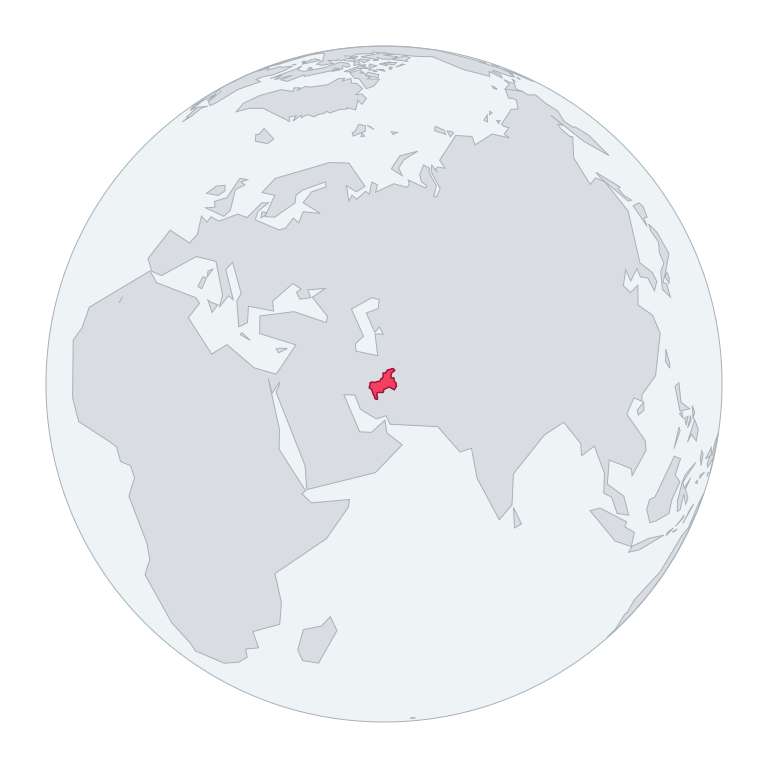 Yazd on an orthographic globe, rotated 4°
{"feature_id": "IRN-3217", "entity_name": "Yazd", "entity_type": "Province", "adm_level": 1, "iso_a3": "IRN", "parent_name": "Iran", "parent_adm1": "", "projection": "orthographic", "projection_center": [55.694, 32.497], "detail": "fine", "context": "on_globe", "style": "filled", "palette": "rose", "viewbox_px": 768, "rotation_deg": 4, "n_neighbors": 0, "source": "natural_earth", "source_scale": "10m", "svg_char_len": 12153}
<svg xmlns="http://www.w3.org/2000/svg" viewBox="0 0 768 768"><g transform="rotate(4 384 384)"><circle cx="384" cy="384" r="338" fill="#eef3f6" stroke="#a8b0b8"/><path d="M411.9,47.2L414.3,47.5L447.7,53.6L463.8,56.7L456.0,55.9L490.0,63.7L511.7,71.9L483.8,62.2L478.3,61.1L491.4,65.8L488.5,65.9L493.2,68.5L488.7,68.4L472.8,63.8L469.6,64.0L479.0,67.5L480.4,70.3L467.0,65.0L468.1,69.7L441.7,64.9L409.7,54.2L391.5,54.9L349.4,53.6L349.8,55.1L334.1,56.8L328.7,59.4L322.4,59.3L323.5,61.7L330.3,61.4L333.0,62.5L330.5,64.3L322.0,64.1L322.1,63.2L318.2,64.2L315.1,63.5L315.2,64.9L305.3,65.0L311.2,67.7L300.0,70.3L294.5,69.7L300.2,66.0L301.7,58.6L297.9,58.4L286.7,61.1L254.7,73.1L248.3,75.1L235.9,80.6L237.0,80.6L247.1,76.6L246.0,78.9L258.5,74.6L259.9,75.3L270.7,73.2L263.4,77.9L250.5,83.8L241.2,86.1L235.3,89.2L239.6,91.0L217.9,100.3L195.9,115.9L190.9,118.4L189.3,114.5L200.9,103.2L198.8,101.7L194.4,107.5L181.9,115.1L177.5,118.7L174.8,121.6L177.3,120.8L171.8,124.9L174.2,119.8L179.2,116.0L178.4,117.4L183.7,112.6L185.2,110.7L184.2,111.5L204.2,97.9L225.1,85.8L246.8,75.2L269.2,66.2L292.2,58.8L315.7,53.1L339.5,49.0L363.6,46.7L387.8,46.1L411.9,47.2ZM475.9,59.5L468.6,57.3L476.6,59.5L475.9,59.5ZM494.7,68.9L497.6,69.7L498.8,70.8L494.7,68.9ZM274.0,71.0L272.3,72.1L271.2,71.8L274.0,71.0ZM280.2,69.2L280.0,68.2L282.9,67.3L282.9,67.9L280.2,69.2ZM493.0,72.0L493.9,74.1L490.2,71.1L493.0,72.0ZM279.7,70.8L288.1,65.8L293.2,64.3L297.7,65.7L279.7,70.8ZM492.7,74.7L495.2,80.6L502.1,82.5L484.2,81.3L488.0,76.2L482.3,72.0L488.8,74.5L492.7,74.7ZM333.5,60.6L326.2,60.9L334.7,59.1L333.5,60.6ZM338.3,59.2L360.4,53.5L370.0,54.5L360.6,55.9L374.9,56.4L368.6,59.5L359.4,60.0L354.5,58.6L355.8,61.0L338.3,59.2ZM473.9,80.1L472.2,81.2L471.0,79.2L473.9,80.1ZM334.8,62.8L338.4,61.3L346.9,61.9L341.2,65.1L340.3,63.8L334.8,62.8ZM381.7,55.3L387.0,56.7L383.4,59.5L385.0,60.5L369.3,59.7L381.7,55.3ZM337.0,64.6L338.1,66.8L331.7,68.3L331.8,64.4L337.0,64.6ZM351.5,60.9L355.3,61.5L351.3,62.1L351.5,60.9ZM309.8,75.9L313.9,73.5L318.7,73.5L309.8,75.9ZM338.9,67.5L341.1,67.0L343.4,66.9L342.8,68.7L338.9,67.5ZM367.9,62.0L365.3,63.1L374.1,62.4L371.8,65.0L361.7,64.2L365.1,65.6L364.4,66.4L357.0,65.0L367.9,62.0ZM349.3,70.4L335.7,71.0L326.9,75.1L322.4,75.1L337.3,68.6L349.3,70.4ZM354.4,67.2L350.2,69.1L346.7,67.8L347.5,65.8L354.4,67.2ZM373.8,67.1L380.0,63.4L381.9,63.8L373.8,67.1ZM347.4,71.7L350.7,71.6L347.2,72.1L347.4,71.7ZM366.5,68.7L368.4,67.2L370.6,67.6L366.5,68.7ZM355.7,72.8L351.4,72.8L351.7,71.3L355.7,72.8ZM361.2,71.1L363.8,72.0L354.5,70.7L361.7,70.3L361.2,71.1ZM368.2,69.3L370.2,69.1L367.1,69.9L368.2,69.3ZM356.9,78.9L345.1,77.6L345.9,74.1L357.2,75.7L356.9,78.9ZM74.3,419.2L70.9,361.9L78.8,349.2L84.7,327.9L142.7,287.5L150.1,298.8L190.2,311.0L194.3,316.3L184.2,331.5L210.0,366.2L224.6,355.7L253.3,376.9L275.8,381.8L293.4,351.1L256.5,342.4L255.4,324.8L289.2,318.1L322.2,326.8L322.9,320.4L306.5,302.5L318.6,292.8L301.3,295.4L304.9,302.9L294.2,305.2L290.3,298.6L294.7,295.1L286.0,290.1L267.1,309.2L268.8,318.9L243.3,315.9L243.6,332.2L235.1,337.1L231.4,311.5L235.2,303.7L224.5,273.2L218.2,280.9L227.8,310.6L222.8,306.8L214.3,318.9L216.8,306.6L207.9,273.5L187.9,269.9L154.6,291.3L144.6,287.8L139.8,275.3L160.0,245.4L180.0,256.9L187.4,247.8L190.2,229.3L196.1,234.9L199.7,229.2L208.0,233.1L226.3,224.7L235.7,227.6L249.5,211.7L256.2,211.4L246.1,220.6L244.2,229.2L268.4,237.6L274.9,235.5L281.9,224.8L287.7,229.1L291.4,217.8L308.5,218.2L290.7,208.7L298.4,197.4L312.3,191.4L311.6,186.4L289.1,196.3L282.9,202.0L282.8,209.4L263.3,225.2L253.6,225.3L261.9,203.3L249.0,201.5L261.1,186.5L314.6,166.8L333.6,166.1L351.3,188.1L343.1,194.1L332.7,188.9L336.3,204.0L338.9,197.8L343.7,201.7L352.3,193.1L356.1,195.6L357.8,183.5L363.5,185.6L362.3,193.3L379.8,183.6L393.3,186.2L395.4,183.0L393.9,178.8L412.0,185.6L412.7,183.0L407.1,179.6L405.0,172.4L408.3,162.7L414.3,165.6L414.0,169.5L422.4,182.5L420.5,193.2L423.3,193.5L426.4,185.0L416.2,168.9L416.4,162.4L422.5,169.1L420.3,166.1L422.4,163.8L430.1,164.5L423.9,156.9L438.1,131.1L454.4,130.9L458.2,139.1L474.5,127.1L491.7,129.7L486.5,126.3L490.7,119.6L485.4,118.6L483.2,116.5L491.8,101.0L498.5,100.4L496.3,91.8L493.6,90.3L488.5,90.1L484.2,81.3L502.1,82.5L507.3,85.6L514.9,85.0L525.7,92.7L538.1,99.5L545.5,109.6L554.7,114.8L556.6,114.1L570.6,121.4L592.6,140.5L566.3,128.0L531.5,104.1L544.9,113.6L539.3,112.7L542.6,117.1L552.3,124.2L555.0,124.2L557.5,145.3L575.8,170.5L580.7,163.6L590.3,167.0L615.4,194.2L630.8,245.2L643.8,254.0L649.0,262.6L647.3,272.3L639.8,259.8L632.3,259.3L628.3,251.2L623.0,263.9L617.1,253.1L615.9,269.1L623.5,275.6L630.3,267.8L631.9,287.4L647.1,296.6L656.0,314.3L654.3,356.8L642.0,376.8L642.7,383.2L634.2,380.5L628.3,397.1L648.7,422.5L650.0,432.1L637.9,458.1L636.7,451.3L614.0,444.1L613.7,468.2L631.1,479.2L637.2,497.8L625.6,496.9L618.9,480.8L610.8,477.7L610.2,457.5L598.1,431.2L586.1,441.8L584.4,429.6L565.9,409.6L547.3,423.9L519.4,464.6L520.1,495.7L508.5,511.4L483.5,471.6L475.7,442.0L464.5,446.5L440.6,422.8L393.0,423.7L388.2,415.5L378.8,419.4L362.3,410.9L355.6,397.1L344.7,397.4L363.0,433.4L374.9,433.1L387.5,419.9L390.2,432.5L406.4,443.3L381.6,473.0L314.3,494.8L311.0,471.1L276.8,399.4L279.7,392.3L279.7,391.4L279.5,389.8L273.0,401.1L268.2,386.8L282.9,436.6L283.9,456.5L313.3,496.0L309.7,499.2L320.1,507.6L357.6,501.6L357.1,509.2L337.4,542.3L288.4,580.7L296.9,609.3L296.7,631.0L270.5,640.1L277.3,655.9L264.5,658.1L266.6,666.0L258.9,671.5L244.2,673.7L214.4,663.4L209.0,656.2L188.7,636.7L158.9,590.8L162.6,575.3L158.4,558.9L137.3,513.6L141.7,494.9L136.9,483.2L126.6,479.7L121.6,465.5L115.7,461.5L82.0,442.7L74.3,419.2ZM117.1,315.3L114.2,321.2L114.2,321.3L117.1,315.3ZM353.7,353.1L375.7,356.2L371.6,334.6L379.7,334.3L375.4,327.4L371.2,333.1L361.4,314.4L373.0,309.2L373.3,300.1L365.9,298.7L346.3,311.5L360.2,337.8L352.7,345.8L353.7,353.1ZM181.8,115.3L181.5,115.9L177.8,119.3L177.7,118.7L181.8,115.3ZM173.0,130.4L164.4,136.6L170.4,131.4L168.5,131.3L178.9,120.9L188.9,119.1L182.5,121.5L173.0,130.4ZM195.5,107.6L187.8,113.7L195.8,107.2L195.5,107.6ZM211.5,196.9L212.0,202.3L205.5,207.5L193.7,206.2L202.9,198.3L211.5,196.9ZM214.3,209.0L225.9,188.9L233.7,189.7L227.4,192.5L231.4,195.1L222.2,200.4L218.5,221.8L212.5,227.9L193.8,220.7L203.2,219.3L202.1,213.7L214.3,209.0ZM241.5,144.0L246.6,137.4L257.0,147.3L251.0,152.4L238.8,150.8L238.7,143.9L241.5,144.0ZM286.0,75.2L287.3,73.6L289.7,73.4L290.5,74.6L286.0,75.2ZM311.3,74.7L282.9,82.8L282.9,81.1L266.3,88.9L259.8,87.8L270.8,82.5L253.4,88.1L260.8,82.9L249.0,87.4L274.2,75.9L280.1,72.2L275.9,76.6L281.7,77.6L285.9,76.9L302.4,72.6L318.0,66.0L326.2,66.7L327.9,69.0L325.4,70.7L320.8,69.5L320.7,72.6L312.3,72.3L311.3,74.7ZM342.4,106.6L338.2,102.7L336.6,112.6L328.1,110.8L328.5,112.1L320.2,113.4L310.8,117.5L307.7,115.9L305.4,118.2L299.9,119.5L295.6,122.3L288.6,120.7L282.9,124.2L282.8,121.5L274.8,128.1L277.6,122.6L270.8,124.3L271.6,128.7L244.3,117.5L230.6,118.4L217.6,122.7L224.3,113.7L240.7,104.6L260.6,97.6L272.8,98.5L273.6,94.8L279.7,94.4L276.5,97.5L285.1,92.5L289.2,93.1L307.0,89.4L316.7,82.8L323.4,81.7L321.7,84.6L329.6,81.5L330.9,86.4L335.8,85.9L341.9,90.7L335.8,97.3L341.7,96.3L346.6,100.5L342.4,106.6ZM358.2,80.3L352.9,87.7L345.6,90.6L337.9,81.2L333.3,81.0L328.2,75.9L338.9,72.0L339.4,73.7L342.3,74.6L337.8,75.4L343.6,75.4L344.5,77.9L349.3,78.7L346.2,80.7L358.2,80.3ZM202.3,312.3L206.1,314.7L212.8,316.6L207.5,324.6L202.3,312.3ZM195.7,289.8L199.6,290.3L195.5,301.7L191.6,299.5L195.7,289.8ZM205.3,281.3L200.2,289.4L200.6,283.7L205.3,281.3ZM250.1,220.8L254.7,221.1L253.8,223.8L249.7,226.9L250.1,220.8ZM335.9,138.9L334.7,135.4L336.9,134.6L340.9,126.6L347.5,127.8L347.7,133.1L335.9,138.9ZM285.1,355.4L276.6,360.2L274.0,356.4L277.5,355.5L285.1,355.4ZM238.6,342.7L247.6,349.9L237.1,344.8L238.6,342.7ZM343.8,138.8L344.7,135.3L347.4,138.1L343.8,138.8ZM352.5,128.3L356.3,130.9L348.8,127.0L352.5,128.3ZM435.2,714.7L439.0,715.0L433.3,715.8L435.2,714.7ZM354.3,633.3L338.2,667.0L322.1,665.6L316.5,655.3L320.7,634.6L338.5,629.8L346.6,619.9L354.3,633.3ZM681.6,511.8L685.8,508.7L685.4,510.1L681.6,511.8ZM677.4,511.9L682.8,507.4L676.0,515.5L677.4,511.9ZM684.7,505.7L690.1,498.1L692.4,493.8L691.7,496.8L684.7,505.7ZM673.6,515.3L649.9,531.8L639.8,534.7L642.8,528.5L659.3,519.4L673.6,515.3ZM642.0,528.9L625.6,524.6L598.4,496.0L608.2,492.7L635.7,504.6L634.1,509.6L644.1,514.7L642.0,528.9ZM679.1,479.8L677.3,493.3L664.9,501.6L658.8,503.8L654.8,490.5L657.1,480.7L662.3,477.6L678.6,435.8L685.0,437.8L680.8,454.1L685.9,461.1L679.1,479.8ZM521.8,498.2L530.9,514.0L524.2,518.5L521.8,498.2ZM682.6,410.0L677.8,428.3L681.3,406.3L682.6,410.0ZM683.1,391.1L684.7,397.1L680.9,393.3L683.1,391.1ZM645.1,392.2L639.8,397.2L638.4,392.7L644.3,383.7L645.1,392.2ZM662.7,329.5L667.4,343.1L668.1,348.4L663.4,342.0L662.7,329.5ZM401.4,149.4L388.4,158.7L383.5,167.4L387.6,174.9L376.3,168.8L383.9,155.3L401.4,149.4ZM432.9,132.7L429.2,127.1L434.4,127.5L436.0,128.9L432.9,132.7ZM428.1,130.7L416.9,127.8L417.2,123.4L426.0,126.5L428.1,130.7ZM380.0,132.0L375.7,134.5L373.6,132.0L380.0,132.0ZM633.0,612.4L629.0,616.7L624.4,620.8L631.9,612.5L640.3,596.7L642.4,595.2L648.9,581.7L672.7,551.8L691.8,514.3L697.7,506.2L706.6,480.1L710.5,471.0L705.3,488.8L705.3,488.7L697.0,511.3L687.2,533.3L675.8,554.5L662.9,574.8L648.6,594.1L633.0,612.4ZM691.8,502.3L698.6,486.5L701.3,482.2L691.8,502.3ZM716.2,445.7L715.0,450.9L716.6,442.3L717.3,435.2L712.8,444.3L711.9,441.0L714.3,432.7L710.1,436.2L714.9,424.7L716.0,433.0L718.3,418.5L720.4,411.8L721.0,408.3L716.2,445.7ZM713.1,450.7L713.8,449.2L712.8,454.1L713.1,450.7ZM703.6,457.7L703.2,461.3L701.6,460.9L703.6,457.7ZM705.8,452.8L709.9,449.6L705.2,456.3L705.8,452.8ZM689.0,461.0L690.8,467.0L696.5,456.1L692.1,467.8L695.1,476.6L693.4,482.8L690.6,472.9L688.2,488.6L685.5,490.9L684.9,480.0L688.1,462.4L690.7,453.6L700.5,440.4L689.0,461.0ZM706.1,443.3L704.8,435.9L705.6,428.5L707.1,431.5L706.1,443.3ZM699.4,419.0L694.2,412.8L690.8,420.9L696.4,397.7L700.7,407.4L699.4,419.0ZM692.9,399.2L689.9,406.7L692.1,394.1L692.9,399.2ZM688.3,404.1L686.5,397.0L689.7,395.0L688.3,404.1ZM694.8,397.6L693.0,384.1L695.8,390.1L694.8,397.6ZM681.6,381.4L690.7,387.4L681.2,390.4L674.5,366.2L678.0,362.2L681.6,381.4ZM661.4,263.5L657.0,257.6L658.5,252.8L661.1,258.2L661.4,263.5ZM659.1,234.0L657.4,249.7L655.3,263.4L658.9,264.1L663.7,277.4L655.1,270.1L652.2,252.2L654.8,244.1L649.5,233.8L647.9,223.3L639.4,212.6L636.8,205.9L645.4,213.3L659.1,234.0ZM635.5,208.5L620.1,188.8L625.5,185.5L630.1,189.0L634.9,199.2L631.8,200.3L635.5,208.5ZM618.0,183.3L614.8,184.4L585.4,163.1L580.6,158.0L605.8,171.1L604.1,173.1L610.4,179.3L618.0,183.3ZM475.8,82.3L472.5,81.3L475.7,81.2L475.8,82.3ZM480.2,116.2L477.8,113.4L481.5,113.1L480.2,116.2ZM473.0,105.9L470.5,108.1L470.6,104.5L473.0,105.9ZM465.2,113.8L468.2,108.5L469.0,115.4L465.2,113.8Z" fill="#d9dde1" stroke="#a8b0b8" stroke-width="1"/><path d="M373.8,383.2L379.1,381.5L379.6,381.2L379.9,380.9L380.1,380.5L380.3,380.1L380.5,379.1L380.8,378.8L381.3,378.5L381.7,378.5L381.9,378.3L382.4,377.5L382.5,377.1L382.4,373.1L382.5,373.1L383.0,373.0L384.2,373.0L384.8,372.7L386.5,369.8L388.5,369.3L390.4,368.3L391.6,368.0L392.1,368.1L393.5,369.2L393.7,369.6L393.7,369.9L393.2,370.4L391.3,371.8L391.0,372.4L390.4,374.3L390.4,375.3L390.7,377.0L390.9,377.3L391.9,377.4L393.2,377.1L393.4,377.4L393.6,377.7L394.0,380.2L394.3,381.0L394.7,381.2L394.9,381.3L395.2,381.4L395.6,381.7L396.0,382.3L396.2,382.8L396.2,383.0L396.0,383.4L396.0,383.6L396.2,383.9L396.2,384.1L396.4,384.4L396.6,384.7L396.6,385.0L396.5,385.4L396.5,385.6L396.4,385.9L395.7,386.8L395.6,387.4L395.1,388.2L394.8,388.8L394.7,389.0L389.3,386.7L388.7,386.6L388.6,386.8L388.4,387.0L387.3,387.6L387.0,388.0L384.3,389.4L384.1,389.9L384.0,391.8L383.9,392.2L383.1,392.6L382.1,392.7L381.7,392.6L381.1,392.6L378.2,393.0L377.8,393.5L377.5,394.0L377.4,394.4L377.4,394.7L377.7,395.2L378.0,396.0L378.1,396.6L378.3,396.8L378.4,398.9L378.4,399.2L378.5,399.4L378.5,399.6L378.3,399.7L377.8,399.8L377.5,399.9L376.5,399.4L375.7,398.8L375.6,398.4L375.4,397.1L375.2,396.7L374.4,395.7L373.6,394.2L372.5,391.2L371.8,390.4L371.1,389.6L369.8,389.1L369.6,388.2L369.6,387.8L369.7,387.7L369.8,387.0L370.0,386.2L370.1,385.8L370.0,384.0L370.0,383.8L370.2,383.6L370.6,383.5L370.9,383.4L371.1,383.2L371.4,383.0L371.9,382.8L372.3,382.8L373.8,383.2Z" fill="#f43f5e" stroke="#9f1239" stroke-width="1.5"/></g></svg>